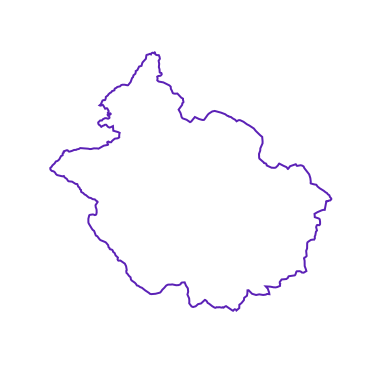 the district of Dien Bien Dong, Điện Biên, Vietnam, rotated 140°
{"feature_id": "81297802B35707987060986", "entity_name": "Dien Bien Dong", "entity_type": "district", "adm_level": 2, "iso_a3": "VNM", "parent_name": "Vietnam", "parent_adm1": "Điện Biên", "projection": "natural_earth1", "projection_center": [103.27, 21.233], "detail": "fine", "context": "isolated", "style": "outline", "palette": "violet", "viewbox_px": 384, "rotation_deg": 140, "n_neighbors": 0, "source": "geoboundaries", "source_scale": "gbopen_adm2", "svg_char_len": 6024}
<svg xmlns="http://www.w3.org/2000/svg" viewBox="0 0 384 384"><g transform="rotate(140 192 192)"><path d="M101.8,93.0L96.2,97.6L95.6,97.8L95.5,98.4L95.2,98.6L94.5,98.4L93.3,97.4L92.5,97.4L91.5,96.7L90.0,96.9L89.5,97.5L89.5,99.6L88.9,101.2L89.4,103.0L89.3,104.6L89.8,105.7L90.3,108.3L91.8,112.8L92.3,115.6L92.1,117.6L93.8,119.7L95.5,122.2L95.4,122.6L94.3,123.7L92.4,126.6L90.9,130.2L90.6,138.0L90.1,139.8L90.6,141.3L91.5,142.6L94.6,144.4L94.9,144.8L94.6,146.4L94.7,146.6L100.3,148.7L103.2,148.0L103.7,148.0L103.8,148.3L103.6,149.2L103.7,150.5L105.0,153.1L106.9,157.7L107.2,157.8L109.1,157.1L111.9,156.9L112.9,157.2L115.4,159.4L117.7,164.3L117.2,165.1L117.1,166.3L118.2,168.0L118.0,168.4L118.9,174.2L118.6,175.0L116.2,178.1L113.2,179.8L111.6,181.5L106.7,183.9L105.4,185.4L102.8,189.1L103.3,191.8L103.9,197.9L103.8,200.9L105.4,206.2L106.4,208.6L107.4,212.7L108.9,215.9L109.6,216.7L110.3,217.1L112.4,217.5L112.5,219.6L113.5,222.2L114.0,224.5L115.2,225.9L115.2,226.7L115.9,227.5L116.6,230.3L118.8,234.2L122.5,239.5L124.7,240.7L128.6,241.2L130.1,241.1L135.9,239.6L136.6,239.6L137.8,240.6L139.7,243.4L141.6,247.6L147.3,246.5L148.6,246.8L149.7,250.8L151.7,254.2L151.9,254.9L151.7,256.4L150.8,258.0L150.0,260.0L149.3,263.7L143.5,265.1L142.4,266.2L141.0,266.2L140.3,267.0L139.8,268.2L138.9,269.3L139.6,271.2L139.9,276.8L141.9,278.3L142.9,279.5L143.1,280.2L142.3,282.6L141.9,284.6L140.6,286.4L140.8,288.2L143.5,294.4L146.4,297.9L146.7,298.7L146.8,299.9L145.4,301.1L144.5,302.7L143.2,302.5L141.6,301.4L140.9,301.3L139.7,301.5L139.3,302.0L139.0,302.9L139.8,304.0L139.8,304.5L138.0,306.9L137.1,309.0L134.8,311.2L133.2,314.0L131.0,314.7L130.0,316.4L129.5,318.2L130.8,319.3L131.4,320.4L131.5,321.2L130.8,322.5L130.8,322.9L132.0,322.9L132.5,323.9L133.1,324.2L134.3,324.3L135.0,323.8L135.7,325.0L137.1,325.4L138.2,326.0L139.0,326.1L141.7,323.7L146.4,323.1L147.3,322.7L149.6,321.1L151.9,322.1L155.5,320.5L157.4,320.8L157.9,320.1L159.4,319.0L161.9,319.0L163.3,317.9L164.7,317.8L168.3,315.7L172.3,314.9L172.9,315.3L174.6,317.4L176.4,318.9L177.5,319.4L179.2,319.2L181.7,320.5L182.9,320.4L184.3,320.8L185.0,320.7L186.1,319.8L188.5,320.7L189.7,320.3L191.2,320.6L193.4,320.5L194.2,320.1L196.9,320.2L198.0,319.1L199.2,318.4L199.7,318.4L200.8,319.3L201.7,319.6L204.8,318.1L205.6,317.8L207.1,317.8L206.8,317.2L206.3,316.8L204.4,316.2L204.3,315.5L205.0,311.6L203.5,311.0L203.2,310.5L203.8,307.6L204.3,307.1L205.5,306.8L205.7,306.2L205.1,305.4L204.0,304.7L204.0,304.2L204.3,303.9L204.9,303.9L205.9,304.8L206.9,305.4L207.3,304.7L206.8,303.7L206.9,303.0L207.5,301.9L208.0,301.8L209.2,302.1L210.2,303.6L211.3,304.5L213.5,305.0L215.1,304.7L216.3,305.8L219.1,305.6L219.9,304.5L220.0,303.1L219.6,302.3L219.7,300.6L219.6,300.2L218.0,300.1L216.7,299.6L215.8,299.6L215.0,299.1L214.5,298.6L214.5,296.1L213.9,294.5L212.7,293.9L210.2,293.3L212.9,289.5L210.1,285.4L209.4,283.8L210.3,283.2L212.2,281.3L212.5,280.7L212.8,280.6L214.4,280.9L216.7,282.4L217.5,282.5L220.3,282.5L221.9,282.1L223.1,283.0L223.6,284.4L224.7,284.7L225.0,284.6L225.2,284.2L225.8,282.3L226.2,282.2L229.8,284.2L235.8,285.3L236.6,286.3L239.1,288.5L241.5,289.7L242.6,290.5L243.7,291.9L249.4,297.5L251.0,297.7L252.7,298.6L253.7,298.8L255.3,300.0L257.7,300.7L259.9,301.7L260.4,302.3L260.5,303.9L261.1,304.5L264.1,305.6L264.7,305.2L264.9,304.6L266.2,304.7L267.5,303.3L269.3,303.7L272.5,302.4L273.9,302.2L275.2,302.3L276.7,302.9L278.9,302.2L281.9,302.1L283.2,301.6L285.1,301.5L285.7,300.7L286.0,300.1L285.9,298.4L284.7,296.7L284.4,295.1L284.7,293.1L284.4,291.6L281.2,287.3L279.9,286.6L280.2,285.3L279.5,282.4L279.8,280.4L279.6,279.5L277.2,277.0L276.0,273.1L274.9,272.0L274.8,271.7L275.7,269.3L275.4,267.8L276.0,266.0L275.7,264.9L276.6,263.7L276.8,263.2L276.0,261.1L275.9,259.2L275.3,258.0L274.6,254.0L273.3,252.4L272.7,250.4L271.2,248.8L271.0,246.7L270.6,245.7L270.7,245.0L274.4,243.9L275.6,242.1L275.9,241.0L276.6,239.6L278.3,237.5L279.8,236.4L280.5,236.4L281.3,236.8L282.0,238.1L282.6,238.7L284.9,240.1L285.7,240.2L288.6,238.1L290.6,235.7L291.1,235.0L291.4,233.9L292.3,228.3L292.4,226.9L292.0,225.1L293.6,220.6L293.5,220.0L293.0,219.0L293.2,215.7L293.1,214.1L290.7,209.5L290.4,208.6L290.4,205.2L291.4,203.3L291.2,202.1L291.6,201.3L291.5,200.7L290.6,199.6L290.3,198.8L290.4,197.9L290.9,197.0L290.5,194.9L291.3,192.5L290.9,189.4L292.3,188.3L292.6,187.1L292.4,186.6L290.9,185.5L289.5,180.3L290.2,177.5L292.2,174.1L293.1,173.8L294.2,172.1L294.0,170.7L294.2,168.5L293.9,166.1L295.0,164.3L295.1,163.0L294.1,159.3L294.0,157.7L294.3,155.9L293.4,154.6L292.9,152.6L291.9,150.8L291.1,146.7L289.8,142.3L289.7,141.2L288.9,140.0L285.4,137.5L281.2,135.5L279.7,135.6L277.7,136.2L274.9,136.4L271.9,136.9L270.3,136.6L269.3,136.0L267.7,134.6L266.6,134.0L264.0,130.7L262.1,129.3L260.2,128.7L258.8,129.2L257.9,129.1L255.7,127.5L256.8,124.1L257.1,120.9L259.1,118.0L261.4,116.4L262.6,112.3L264.2,110.1L265.7,108.5L265.9,104.6L265.1,103.2L262.7,102.1L259.4,102.2L256.7,100.8L251.5,101.1L251.2,100.7L250.9,98.8L251.3,97.0L250.7,95.4L249.9,91.5L249.0,88.9L248.3,88.1L247.3,88.0L246.1,86.8L245.3,86.4L243.3,84.1L242.4,83.9L242.1,83.1L240.8,83.1L239.3,82.7L237.1,75.0L236.8,74.6L235.4,74.8L234.6,74.7L233.9,73.5L234.1,72.7L230.4,72.7L228.2,75.2L225.6,75.1L221.8,75.8L220.0,77.4L216.6,77.2L214.6,78.9L212.7,81.0L211.8,80.4L211.4,75.4L209.1,71.9L206.3,70.4L203.7,67.4L201.5,66.0L199.9,65.6L198.4,64.0L197.5,65.5L196.1,69.2L196.2,72.3L192.9,69.2L190.7,66.5L189.3,65.2L187.8,64.4L184.9,63.5L183.9,64.7L183.4,65.0L183.4,65.7L182.7,66.6L179.6,67.4L175.7,64.7L173.8,64.6L172.4,65.3L171.9,65.2L166.9,62.1L166.0,62.2L163.2,63.9L162.7,63.9L160.4,62.1L159.8,61.1L159.6,59.7L158.3,58.4L155.2,57.9L154.4,59.7L153.3,62.8L149.9,67.0L148.8,69.2L148.1,69.5L147.1,69.1L145.3,69.3L142.4,73.5L140.1,74.8L136.7,78.7L135.9,79.2L134.9,79.2L131.8,78.9L130.4,78.1L129.0,77.0L127.6,77.6L126.6,79.0L125.3,79.6L122.6,81.9L121.0,82.2L119.5,85.3L117.8,86.3L117.2,86.2L115.9,84.8L115.2,84.8L114.5,85.1L113.0,86.9L111.7,89.0L111.9,90.2L114.1,93.8L112.2,96.5L108.8,95.9L104.4,94.6L102.7,93.8L101.8,93.0Z" fill="none" stroke="#5b21b6" stroke-width="2"/></g></svg>